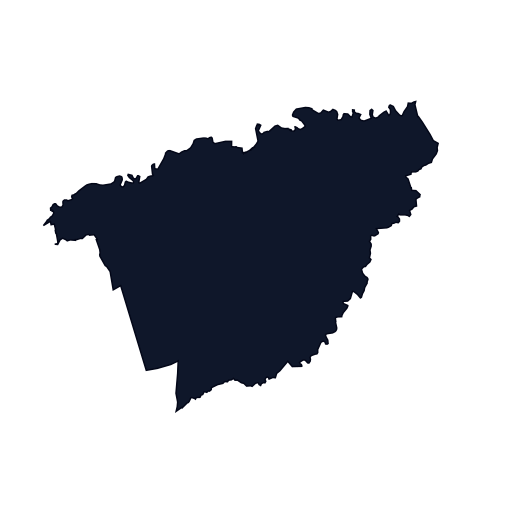 outline of Axochiapan, Morelos, Mexico, rotated 258°
{"feature_id": "50627088B14016232741468", "entity_name": "Axochiapan", "entity_type": "district", "adm_level": 2, "iso_a3": "MEX", "parent_name": "Mexico", "parent_adm1": "Morelos", "projection": "albers", "projection_center": [-98.745, 18.524], "detail": "fine", "context": "isolated", "style": "filled", "palette": "ink", "viewbox_px": 512, "rotation_deg": 258, "n_neighbors": 0, "source": "geoboundaries", "source_scale": "gbopen_adm2", "svg_char_len": 6099}
<svg xmlns="http://www.w3.org/2000/svg" viewBox="0 0 512 512"><g transform="rotate(258 256 256)"><path d="M345.6,65.0L343.5,64.7L343.5,65.8L342.1,65.9L341.9,67.1L339.9,67.1L337.5,65.0L336.6,62.9L335.5,61.8L334.3,59.1L333.6,58.7L330.0,54.4L332.8,62.5L332.4,62.1L329.2,62.1L329.2,65.3L323.5,65.5L323.0,65.0L320.4,64.9L319.6,65.0L319.3,65.4L310.8,65.1L309.3,64.5L309.4,61.6L308.5,64.4L312.5,67.7L313.6,70.5L311.6,73.3L310.1,74.5L310.4,77.6L308.9,82.6L309.6,82.7L309.3,83.7L309.7,87.8L309.2,89.7L312.0,94.3L311.9,97.1L311.0,97.4L310.4,102.8L310.2,102.2L305.6,104.2L305.2,104.2L305.2,103.2L294.7,104.5L291.5,104.2L289.7,103.4L288.3,103.3L278.0,106.5L276.7,107.8L271.1,110.1L252.6,109.3L255.2,117.5L167.0,124.9L166.6,136.1L167.6,150.1L169.6,158.1L157.2,154.9L138.4,149.2L129.4,149.0L124.9,147.6L120.7,145.6L123.4,152.0L122.8,152.2L126.6,158.1L126.8,159.3L127.6,160.3L130.7,162.7L131.0,163.6L129.5,166.2L128.6,167.0L129.6,167.7L129.9,169.1L129.4,171.5L129.7,172.2L131.3,173.1L131.6,175.1L133.8,176.8L133.9,177.6L132.9,179.5L134.0,181.5L133.5,182.3L134.0,183.5L134.6,184.4L136.5,185.0L138.2,191.8L138.3,197.1L139.7,199.2L138.9,202.0L140.2,203.4L140.0,206.2L141.0,208.5L138.9,209.6L138.4,212.1L135.1,215.3L133.9,217.7L130.7,219.8L130.2,223.7L129.3,225.1L131.6,229.0L131.8,231.0L131.6,231.8L129.6,232.3L128.4,233.6L130.0,234.7L130.6,236.8L130.1,238.4L131.4,239.5L133.4,239.1L135.0,240.5L135.3,241.9L134.6,242.9L132.9,243.2L133.7,247.2L132.9,249.6L136.9,251.8L138.8,255.5L146.4,265.2L140.3,268.5L138.6,277.7L138.8,278.0L140.5,277.8L141.2,276.8L142.8,276.4L144.0,279.0L144.5,281.1L144.2,281.9L142.9,283.1L140.7,284.3L140.3,285.5L141.8,287.1L143.7,287.8L145.5,287.7L147.1,289.2L147.7,293.6L147.6,295.2L148.7,296.3L151.7,296.9L157.9,301.4L158.5,302.5L158.7,304.4L157.3,305.7L155.5,305.8L155.0,307.2L155.4,308.3L158.8,308.7L162.1,307.7L164.3,307.5L165.0,308.3L165.2,309.8L164.9,314.9L165.6,317.5L166.3,318.6L167.4,319.5L168.8,320.0L174.8,320.0L175.1,320.4L178.7,320.7L179.3,321.3L179.5,323.3L178.8,327.2L180.1,327.7L182.5,329.6L186.0,334.0L187.6,335.2L188.5,335.5L191.2,331.7L192.6,331.4L193.5,331.9L192.9,336.3L194.7,339.4L201.4,343.0L200.8,344.4L197.4,347.2L193.3,349.4L193.7,350.5L197.0,352.3L199.6,354.5L202.5,355.7L206.4,359.1L207.5,359.2L209.8,360.6L210.7,360.6L211.9,360.1L213.5,358.4L216.9,356.7L220.7,356.4L221.5,356.8L223.1,359.1L223.0,360.9L224.7,362.8L226.5,366.1L228.7,367.7L230.5,366.5L234.9,368.5L238.2,368.7L241.7,370.7L243.8,371.1L246.7,370.0L248.5,371.7L251.7,372.3L252.3,373.3L251.1,375.6L251.1,376.5L252.4,380.0L253.5,380.6L257.8,379.4L256.4,389.8L256.6,391.5L257.6,394.6L259.6,395.7L259.4,397.6L259.9,399.8L259.0,402.1L260.2,403.6L262.4,404.0L265.1,402.8L265.4,402.3L267.4,404.4L266.8,404.6L266.2,405.8L265.2,410.5L264.1,413.0L262.9,414.2L264.4,416.0L268.6,415.6L269.4,418.3L271.3,420.7L271.5,423.4L278.2,424.2L279.0,425.5L279.9,428.5L280.4,428.4L281.9,429.3L286.7,426.0L287.8,421.9L290.5,422.1L290.6,421.7L299.8,420.7L302.1,418.9L303.3,419.1L303.8,424.6L305.2,425.0L305.9,425.7L305.1,429.8L305.5,432.0L306.6,433.2L307.0,435.5L308.5,436.5L309.6,439.0L309.7,441.0L310.8,443.9L311.1,447.0L314.3,448.8L318.4,453.5L321.4,455.4L324.4,455.7L328.3,457.6L332.0,453.4L338.7,451.5L352.4,446.5L358.7,443.8L358.7,443.2L371.0,442.9L373.9,444.3L373.8,442.4L373.0,439.8L373.9,436.7L370.6,435.3L366.5,430.9L363.1,428.4L362.8,427.6L363.8,425.8L369.1,422.7L373.7,421.4L375.8,418.7L375.5,417.8L373.9,416.8L371.4,417.9L368.4,417.4L366.7,416.6L365.8,415.1L370.7,413.4L370.0,410.9L367.4,405.5L366.6,405.0L365.9,401.8L367.5,399.4L370.1,399.1L374.0,400.6L375.4,399.6L374.6,397.8L370.9,396.8L366.7,397.4L365.5,389.8L367.0,386.7L369.6,385.4L372.6,387.8L374.2,385.5L374.6,383.8L376.7,382.1L378.3,382.5L378.9,380.9L377.0,380.5L375.8,381.0L372.0,378.8L372.6,377.3L375.8,375.3L376.9,371.7L375.8,370.6L374.5,370.3L371.6,367.6L371.7,364.5L373.1,363.6L377.5,365.3L380.3,365.0L381.8,364.0L383.4,361.7L381.8,358.9L381.6,356.8L384.7,352.2L382.4,349.1L382.3,347.2L382.6,346.4L387.3,341.3L388.4,341.3L390.0,338.6L391.0,335.2L391.3,326.0L389.0,322.8L386.3,321.0L384.9,321.2L382.4,325.6L381.3,326.6L379.9,327.1L378.6,328.8L373.9,331.0L372.5,331.0L370.9,327.6L370.5,325.6L371.7,323.7L373.0,322.8L374.3,321.1L374.2,320.9L373.0,321.1L371.4,320.7L370.2,319.0L370.7,317.2L371.2,316.4L371.2,316.7L372.0,316.7L373.9,313.5L374.1,313.6L374.6,310.7L375.9,307.5L379.3,304.4L379.1,301.6L375.2,294.9L375.0,293.7L375.5,293.0L375.2,289.5L374.8,289.4L373.9,287.1L375.0,285.7L377.9,284.2L382.9,287.8L384.2,286.4L384.6,285.1L383.6,285.3L383.9,284.1L380.7,282.1L367.9,281.9L365.4,279.6L363.2,276.8L362.8,277.0L362.6,275.3L362.1,275.2L362.4,274.8L361.8,273.8L361.5,274.0L361.3,273.6L361.6,273.5L361.0,272.4L360.6,272.5L360.7,272.1L359.6,268.1L359.2,268.1L359.1,267.4L359.7,267.3L359.5,266.0L358.9,265.3L359.8,265.3L359.8,264.2L364.4,264.7L366.0,260.2L367.0,259.3L367.1,257.8L368.0,254.8L373.2,256.0L374.5,249.9L374.4,239.8L374.6,239.0L376.1,237.5L380.5,237.6L381.5,236.9L381.4,235.2L380.6,233.4L381.7,231.5L382.3,229.1L382.8,222.0L381.9,219.6L378.9,217.9L375.4,214.6L373.4,210.2L373.8,208.0L373.1,204.7L372.1,202.7L372.1,201.6L376.9,193.8L377.2,192.1L377.0,191.2L375.4,188.9L374.6,188.8L370.3,186.0L361.3,178.0L362.4,175.1L367.1,175.8L367.1,174.6L366.2,173.0L365.5,172.6L357.6,171.8L356.4,172.4L355.9,171.6L356.1,169.4L355.8,166.9L353.8,164.8L351.4,157.6L351.8,156.9L353.1,156.9L357.9,158.8L359.0,157.6L359.1,156.9L356.6,154.7L356.6,153.4L357.6,152.2L360.7,151.4L362.4,148.0L361.5,147.4L359.1,148.4L354.9,151.7L353.4,151.6L353.0,151.2L353.0,150.2L354.8,146.3L356.1,144.6L355.5,143.6L352.6,142.2L351.2,140.6L351.5,139.1L353.3,137.9L354.0,138.0L358.3,141.0L359.8,141.2L361.0,141.2L361.7,140.7L362.6,139.2L362.5,136.5L362.0,135.0L358.8,133.4L357.9,132.5L356.6,129.1L357.0,121.0L358.0,117.9L359.9,114.7L360.9,110.5L360.9,107.8L360.7,105.4L359.9,103.4L356.6,96.4L354.5,93.2L354.3,91.9L353.7,91.0L353.6,88.7L352.1,88.0L350.4,88.6L349.5,87.4L349.1,83.4L350.1,82.5L350.6,80.4L350.1,79.1L349.2,78.4L345.9,77.9L344.2,76.2L344.5,74.1L346.3,72.0L348.7,70.9L349.0,69.9L348.5,68.3L346.5,66.7L345.6,65.0Z" fill="#0f172a" stroke="#020617" stroke-width="1.5"/></g></svg>